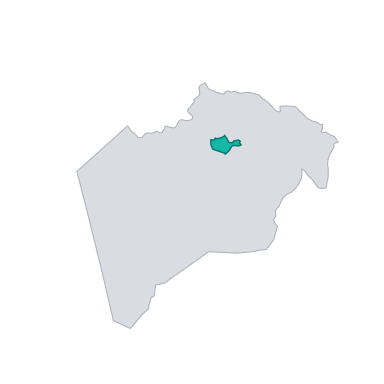 Mangalmé, Guéra, Chad (highlighted), rotated 229°
{"feature_id": "50815135B54463089232866", "entity_name": "Mangalmé", "entity_type": "district", "adm_level": 2, "iso_a3": "TCD", "parent_name": "Chad", "parent_adm1": "Guéra", "projection": "albers", "projection_center": [19.561, 12.316], "detail": "fine", "context": "in_parent", "style": "filled", "palette": "teal", "viewbox_px": 384, "rotation_deg": 229, "n_neighbors": 0, "source": "geoboundaries", "source_scale": "gbopen_adm2", "svg_char_len": 4286}
<svg xmlns="http://www.w3.org/2000/svg" viewBox="0 0 384 384"><g transform="rotate(229 192 192)"><path d="M283.0,118.5L283.2,126.5L283.3,134.5L283.4,142.6L283.6,150.6L283.7,158.6L283.8,166.7L284.0,174.7L284.1,182.8L284.2,185.4L284.0,186.5L283.9,186.7L283.5,186.8L279.4,186.2L277.6,186.2L275.0,186.8L271.3,187.1L268.9,187.1L267.2,188.5L265.9,190.2L266.6,194.2L266.5,195.5L266.0,196.9L264.9,198.1L263.7,199.0L263.1,199.9L262.2,201.7L261.6,202.5L261.7,203.7L261.5,204.9L260.8,205.5L259.1,206.0L258.0,206.5L257.1,207.4L256.5,208.0L256.8,208.9L257.2,210.0L257.5,211.8L257.7,212.8L258.6,213.7L259.1,214.3L259.3,215.0L258.8,215.7L256.7,217.0L255.8,217.5L254.8,218.2L254.5,218.4L252.9,219.7L252.1,220.8L251.8,221.7L251.8,222.9L252.6,224.8L253.5,226.4L253.8,227.6L254.1,228.9L254.0,230.2L253.6,231.2L252.8,232.2L249.8,234.1L248.4,236.2L247.3,238.6L247.0,240.0L247.3,240.9L247.9,241.6L248.8,242.0L250.1,242.1L252.2,241.7L254.2,241.4L256.3,242.2L257.4,244.3L257.0,245.8L257.8,248.5L258.6,251.8L258.5,252.9L258.9,253.4L260.2,253.6L260.5,254.3L260.1,260.1L260.7,261.7L261.6,262.9L262.6,263.5L263.7,264.2L264.2,264.8L265.4,264.9L266.7,265.9L267.0,267.3L267.0,268.7L266.2,271.6L265.7,273.6L264.9,273.5L263.3,273.0L261.4,272.6L259.1,272.3L256.9,273.2L254.6,274.2L253.8,275.0L253.2,275.5L252.1,275.4L251.2,275.5L250.6,276.3L249.8,277.1L246.4,278.8L245.6,279.5L245.2,280.1L245.2,280.7L245.6,282.1L245.6,283.8L244.8,285.2L243.9,286.2L242.9,286.5L242.1,286.7L241.5,287.3L239.8,290.5L239.0,291.1L237.4,291.0L232.9,295.7L232.4,297.1L230.8,299.1L228.7,301.3L226.8,302.4L226.7,302.8L226.2,303.2L225.0,303.7L221.0,306.4L216.2,306.3L214.1,307.3L212.0,307.8L208.9,308.3L208.0,308.3L204.2,308.5L199.6,308.4L197.8,308.8L196.2,309.8L195.0,310.7L194.8,311.0L195.0,311.3L194.9,311.6L198.1,313.8L198.9,314.9L198.1,315.9L197.7,316.1L197.2,317.0L195.3,319.4L192.4,322.3L191.0,323.2L190.4,323.7L189.6,325.6L189.1,325.9L187.2,326.1L183.3,326.3L177.9,326.9L174.7,327.1L172.7,326.9L169.9,328.2L168.8,328.6L168.2,328.7L165.4,329.9L163.1,331.9L162.3,332.3L159.0,333.1L157.7,334.5L157.1,334.6L155.0,332.8L153.6,331.1L152.9,329.4L152.8,328.9L152.4,329.0L151.3,329.7L150.3,330.5L149.8,332.1L146.4,333.2L143.5,334.1L142.2,335.2L140.1,335.8L137.5,335.5L135.5,335.0L133.6,334.8L134.5,333.3L134.9,332.3L135.0,330.9L134.9,330.0L133.7,329.6L133.0,328.9L131.4,324.6L129.7,320.3L127.3,316.0L124.7,313.3L122.8,311.6L122.2,311.4L121.2,310.8L120.6,310.3L117.1,307.4L113.5,304.1L112.6,302.6L110.8,300.4L108.8,298.1L107.8,297.0L107.3,295.2L108.8,293.5L110.3,291.4L112.2,290.1L114.6,290.0L118.5,290.7L122.7,290.9L127.0,290.6L128.1,290.3L129.1,290.3L131.4,290.9L135.3,290.8L137.4,290.0L135.2,288.5L132.9,286.1L130.7,283.6L129.4,281.2L128.2,278.2L127.2,274.6L126.6,269.8L126.7,267.1L127.1,265.2L128.3,262.1L127.6,260.2L127.8,258.8L127.7,256.6L127.3,255.5L125.9,251.8L125.6,251.4L124.3,248.8L123.8,244.6L122.3,241.8L119.9,240.4L118.5,238.8L118.1,235.9L117.1,235.1L113.3,234.0L110.1,233.9L107.9,230.6L105.0,226.4L102.3,222.4L100.7,214.6L99.8,210.2L101.0,208.8L103.3,205.7L106.4,199.7L113.0,190.5L116.4,185.7L123.2,178.7L131.4,170.1L136.1,165.2L136.9,156.2L137.8,146.7L138.5,139.5L139.4,131.0L140.1,123.9L140.6,118.7L141.3,111.4L141.9,110.0L145.1,104.3L145.4,103.5L144.8,102.5L140.4,97.6L139.0,96.5L138.3,93.9L139.4,92.5L134.2,84.3L132.9,83.3L132.3,82.2L132.3,80.8L132.3,75.1L131.0,66.3L129.3,56.0L135.6,53.1L140.4,51.0L146.5,48.2L152.0,51.2L160.1,55.5L168.2,59.8L176.3,64.1L184.4,68.3L192.6,72.6L200.7,76.8L208.9,81.0L217.0,85.2L225.2,89.4L233.4,93.6L241.7,97.8L249.9,102.0L258.2,106.1L266.4,110.3L274.7,114.4L283.0,118.5Z" fill="#d9dde1" stroke="#a8b0b8" stroke-width="1"/><path d="M198.9,241.9L198.7,244.3L198.9,246.6L199.2,248.3L199.7,249.8L200.3,251.5L200.3,253.1L199.7,254.0L198.2,255.6L196.5,257.1L195.6,258.9L195.4,260.0L198.1,260.1L198.6,261.7L200.9,261.0L201.6,259.4L203.1,257.1L202.6,254.8L205.3,252.2L205.9,252.5L207.4,252.9L210.4,253.5L213.1,253.7L212.8,253.0L213.1,252.3L213.7,250.0L214.8,247.5L216.2,245.5L217.5,244.8L216.8,243.3L217.8,241.3L218.4,241.2L219.1,240.6L218.8,240.0L217.6,239.3L216.8,238.5L215.6,237.5L214.6,237.1L213.2,236.6L212.8,236.5L210.8,235.8L209.2,236.7L207.7,237.5L203.5,240.0L200.9,241.5L200.7,241.6L200.5,241.8L200.4,242.0L199.0,241.9L198.9,241.9Z" fill="#14b8a6" stroke="#0f766e" stroke-width="1.5"/></g></svg>